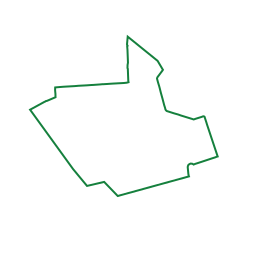 the district of Port Fuad, Bur Sa`id, Egypt, rotated 129°
{"feature_id": "37247803B75399963690534", "entity_name": "Port Fuad", "entity_type": "district", "adm_level": 2, "iso_a3": "EGY", "parent_name": "Egypt", "parent_adm1": "Bur Sa`id", "projection": "orthographic", "projection_center": [32.32, 31.235], "detail": "fine", "context": "isolated", "style": "outline", "palette": "green", "viewbox_px": 256, "rotation_deg": 129, "n_neighbors": 0, "source": "geoboundaries", "source_scale": "gbopen_adm2", "svg_char_len": 1658}
<svg xmlns="http://www.w3.org/2000/svg" viewBox="0 0 256 256"><g transform="rotate(129 128 128)"><path d="M60.8,137.5L60.4,138.6L57.2,147.2L57.2,185.7L63.5,181.5L64.1,180.9L64.1,180.6L64.3,180.1L64.7,179.9L65.2,179.9L67.7,177.5L77.3,169.1L79.3,168.0L81.1,166.6L81.4,166.4L81.7,166.2L82.1,165.4L90.9,157.7L92.1,156.4L93.6,157.5L93.9,157.8L95.3,159.2L95.5,159.4L95.7,159.6L99.3,163.6L101.2,165.7L103.1,167.8L105.4,170.3L107.0,172.0L109.1,174.3L110.4,175.8L111.7,177.1L113.0,178.5L116.2,181.9L117.9,183.8L120.9,187.0L126.3,193.0L129.0,195.8L134.8,202.2L137.0,204.6L141.5,209.3L142.3,210.1L144.2,208.7L145.8,207.2L147.0,206.0L149.7,203.7L154.6,206.3L158.0,208.1L158.8,208.8L159.2,208.9L159.6,209.0L160.3,209.4L175.4,215.6L194.5,144.8L198.8,123.4L184.9,112.6L187.3,93.2L127.3,50.2L127.2,50.4L127.1,50.5L126.7,51.0L126.3,51.5L126.2,51.6L126.0,51.8L125.9,52.0L120.8,57.0L120.6,57.1L119.9,57.5L119.4,57.6L119.0,57.8L118.0,57.7L117.1,57.4L116.3,57.0L116.1,56.6L115.8,56.3L115.5,55.9L115.4,55.6L115.3,55.4L115.2,54.7L115.1,54.4L115.1,54.0L113.6,53.2L112.1,52.2L107.0,48.9L101.7,45.5L99.2,43.9L95.7,41.6L94.7,41.1L93.7,40.4L86.3,52.0L81.9,58.9L75.5,68.9L74.6,70.2L71.1,75.6L71.1,75.9L71.2,76.3L71.4,76.7L72.0,77.2L72.4,77.4L72.8,77.6L73.4,78.0L74.0,78.4L74.3,78.6L74.6,78.8L78.2,81.2L80.0,82.3L80.7,84.1L85.0,94.8L85.9,97.4L87.7,101.6L89.1,105.2L90.2,108.0L90.4,108.5L90.4,109.1L90.3,109.9L90.1,110.3L90.0,110.6L89.0,111.9L87.5,114.2L83.6,119.5L79.9,124.7L77.4,128.0L75.8,130.2L74.6,132.0L73.5,133.6L71.9,135.8L71.7,136.1L71.4,136.5L71.1,136.7L70.6,136.9L69.7,137.1L69.4,137.1L61.4,137.4L60.9,137.5L60.8,137.5Z" fill="none" stroke="#15803d" stroke-width="2"/></g></svg>